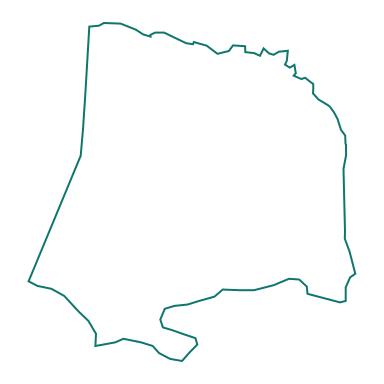 the district of Guánica, Puerto Rico
{"feature_id": "32010507B43804230876127", "entity_name": "Guánica", "entity_type": "district", "adm_level": 2, "iso_a3": "PRI", "parent_name": "Puerto Rico", "parent_adm1": "", "projection": "natural_earth1", "projection_center": [-66.908, 17.98], "detail": "fine", "context": "isolated", "style": "outline", "palette": "teal", "viewbox_px": 384, "rotation_deg": 0, "n_neighbors": 0, "source": "geoboundaries", "source_scale": "gbopen_adm2", "svg_char_len": 1510}
<svg xmlns="http://www.w3.org/2000/svg" viewBox="0 0 384 384"><path d="M287.8,50.8L278.9,51.7L273.6,54.8L268.9,53.3L263.6,48.4L260.0,55.8L254.1,53.1L245.3,52.1L245.1,46.2L233.0,45.4L228.9,51.0L217.5,53.8L206.6,45.6L193.8,42.1L193.0,44.2L186.1,43.2L164.1,32.6L155.0,32.6L150.3,35.0L150.5,36.6L143.1,34.4L135.9,29.7L120.6,23.6L103.8,23.0L99.0,25.7L89.3,26.6L85.7,87.8L84.6,105.5L84.5,105.9L83.2,126.8L80.7,155.8L79.3,159.1L28.6,281.3L37.4,285.9L51.4,288.8L64.2,295.9L78.8,311.7L88.4,320.9L96.0,333.8L95.4,346.0L115.1,342.4L123.4,338.8L141.2,342.4L149.9,345.1L152.2,345.8L152.7,346.0L159.1,353.1L161.0,354.1L162.5,354.9L169.9,358.8L173.6,359.5L182.0,361.0L189.6,352.4L192.0,350.0L197.3,344.5L195.4,338.1L193.5,337.5L184.5,334.5L172.9,330.4L172.4,330.2L162.9,327.4L160.3,319.5L164.8,308.8L172.1,306.6L174.4,305.9L187.7,304.5L199.2,300.9L201.5,300.3L214.5,296.6L222.8,289.5L226.3,289.7L239.8,290.2L240.0,290.2L252.0,290.2L254.0,290.2L264.7,287.5L271.2,285.8L273.7,285.2L279.1,282.9L289.0,278.8L299.2,279.5L306.8,286.6L307.5,293.8L307.8,293.9L335.5,301.2L339.3,302.2L339.9,302.4L343.2,301.6L345.7,300.9L345.7,296.8L345.7,287.4L350.1,277.4L355.3,273.7L349.5,251.4L344.8,238.7L345.0,231.4L343.5,168.9L346.1,155.2L346.0,144.6L345.5,143.7L345.2,135.5L341.0,129.9L337.6,119.1L333.9,112.2L330.0,106.8L328.3,105.4L318.5,99.5L313.0,93.4L313.3,88.3L313.2,83.9L311.1,82.5L305.2,77.8L301.2,79.0L293.7,75.7L295.8,73.2L294.4,64.9L289.8,67.6L285.0,64.6L286.8,60.8L287.8,50.8Z" fill="none" stroke="#0f766e" stroke-width="2"/></svg>